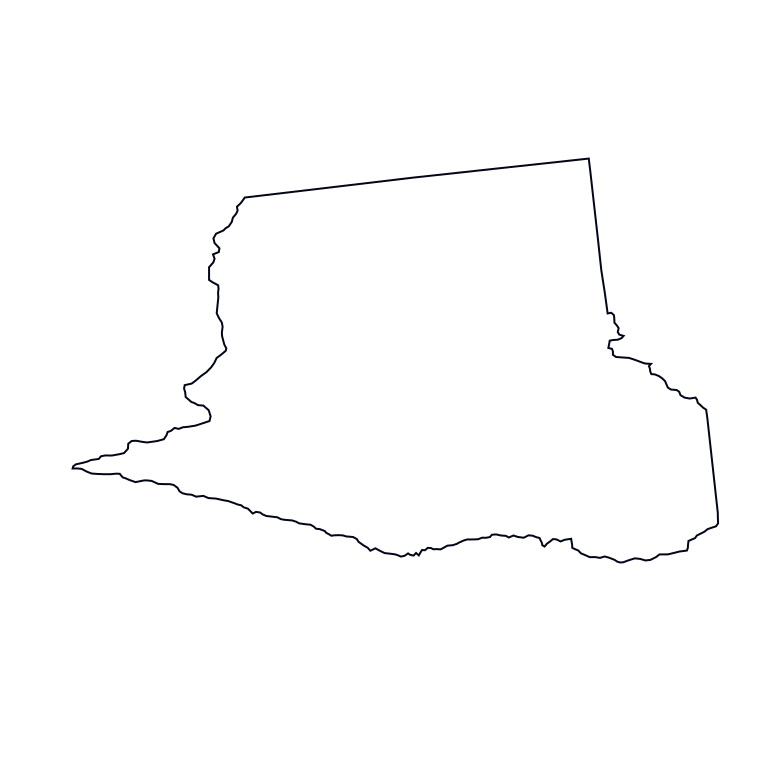 Parecis, Rondônia, Brazil (Equal Earth projection), rotated 84°
{"feature_id": "56859067B9929029534731", "entity_name": "Parecis", "entity_type": "district", "adm_level": 2, "iso_a3": "BRA", "parent_name": "Brazil", "parent_adm1": "Rondônia", "projection": "equal_earth", "projection_center": [-61.327, -12.313], "detail": "fine", "context": "isolated", "style": "outline", "palette": "ink", "viewbox_px": 768, "rotation_deg": 84, "n_neighbors": 0, "source": "geoboundaries", "source_scale": "gbopen_adm2", "svg_char_len": 3824}
<svg xmlns="http://www.w3.org/2000/svg" viewBox="0 0 768 768"><g transform="rotate(84 384 384)"><path d="M547.0,65.5L452.2,66.0L443.2,66.3L441.0,69.0L438.3,71.3L435.5,73.9L432.3,74.4L430.1,75.6L430.4,81.5L429.0,86.4L426.1,90.3L422.7,91.2L420.6,93.5L419.5,99.2L417.2,102.1L410.5,104.2L407.3,106.9L404.9,109.7L402.8,113.5L402.1,117.1L399.4,117.9L396.7,117.9L393.9,118.6L391.9,116.4L390.9,122.2L389.7,124.9L387.2,129.9L385.7,133.0L383.7,137.5L382.4,144.8L381.4,150.4L378.9,153.3L375.8,152.9L372.9,153.6L371.6,157.1L368.4,156.1L364.5,155.0L364.2,151.2L364.4,146.9L363.2,142.9L361.2,140.7L359.5,144.8L356.8,146.1L353.0,144.8L350.1,146.3L347.1,148.4L342.1,148.1L339.4,148.2L336.9,150.6L337.2,154.2L315.5,154.9L310.0,155.2L293.2,156.0L262.3,156.1L194.2,156.6L181.2,156.8L181.5,246.9L181.8,334.4L184.0,502.9L189.2,507.6L192.3,511.7L196.3,511.5L199.2,513.2L202.8,516.9L206.8,518.4L211.0,521.9L212.4,525.0L214.5,527.6L217.0,535.3L221.3,538.4L226.1,537.8L231.8,533.5L235.5,534.5L237.2,540.5L241.7,539.4L245.2,541.0L249.6,545.8L252.8,546.1L262.2,547.1L264.8,544.0L266.5,541.5L268.5,538.6L272.0,538.6L276.0,539.5L280.5,539.7L290.1,541.7L296.2,543.0L301.2,541.2L305.8,538.9L310.1,538.5L316.0,539.9L319.8,540.0L328.0,538.7L332.1,537.1L334.5,538.0L338.3,543.7L340.6,547.7L345.3,550.6L349.4,554.2L353.7,559.4L356.9,565.1L361.5,571.8L363.5,575.3L364.3,582.3L367.5,583.3L371.5,582.6L376.2,582.6L381.8,577.4L383.1,574.6L385.6,571.2L386.6,565.9L391.7,561.1L398.0,559.8L402.6,561.4L405.7,575.9L406.1,583.7L406.0,588.5L407.2,592.8L405.8,596.9L408.4,600.9L409.1,604.2L412.3,605.7L415.9,608.7L417.0,615.5L417.2,620.5L417.4,625.7L416.3,630.3L414.5,636.5L414.3,640.9L416.7,644.6L421.6,645.4L425.5,649.7L426.1,654.0L426.4,658.0L426.7,662.2L425.9,668.8L426.3,673.0L428.7,675.5L429.0,683.5L430.1,686.9L430.9,691.8L431.7,698.9L433.4,701.7L435.5,702.5L435.9,698.0L436.8,693.6L440.0,688.9L442.5,684.1L443.6,677.8L444.5,671.5L445.1,665.8L445.2,659.4L445.7,656.2L449.5,653.7L450.9,650.6L452.8,647.3L455.6,641.4L455.3,638.0L454.8,632.6L455.2,629.3L456.1,625.2L459.7,619.1L460.6,613.2L461.2,607.5L462.4,603.8L465.5,600.3L469.4,598.5L471.6,595.8L473.0,592.0L474.0,586.9L476.4,582.6L476.4,575.3L479.1,570.5L479.6,567.6L480.4,563.0L482.7,556.2L484.2,551.0L487.2,544.7L488.6,542.0L489.7,538.7L491.9,536.5L493.8,532.3L499.1,528.1L497.8,524.6L498.9,520.5L500.9,518.5L503.0,514.7L505.4,504.0L507.6,500.7L508.6,497.4L510.1,489.6L511.7,485.9L513.7,483.0L515.0,477.9L516.3,471.7L518.6,468.6L520.8,466.8L521.6,463.1L524.0,458.3L526.0,457.0L527.5,454.7L529.4,452.2L529.3,449.1L529.6,444.8L530.3,440.6L531.6,437.7L532.9,430.9L535.3,427.3L538.3,425.8L542.4,421.2L545.2,417.3L548.4,415.0L546.5,409.7L548.8,406.5L552.2,401.1L553.6,394.8L554.6,390.7L555.9,387.8L557.4,385.3L557.0,381.5L555.0,377.8L556.7,375.7L557.7,372.5L555.4,369.8L558.1,367.3L556.0,365.8L553.1,363.6L553.6,360.6L551.5,357.5L552.1,354.4L553.5,352.2L553.7,348.8L554.4,345.0L551.4,337.8L551.5,332.4L550.6,328.3L549.5,325.8L548.1,321.5L547.3,317.7L548.0,310.5L548.2,306.5L547.1,302.4L547.6,298.9L547.3,294.6L545.2,292.5L545.3,288.2L546.8,283.8L547.8,278.6L549.7,275.9L548.2,271.1L550.1,266.9L551.5,261.1L549.6,256.1L550.4,252.0L552.2,248.7L553.4,245.4L555.8,244.6L558.5,243.6L560.9,243.4L562.4,241.3L559.9,238.7L557.7,234.9L555.9,232.2L556.5,228.9L559.0,224.9L557.8,220.5L557.5,214.1L563.6,213.7L566.6,213.9L568.5,210.8L569.8,208.3L573.0,205.8L575.2,201.8L577.7,197.5L578.2,192.1L579.5,187.4L578.6,182.5L580.2,178.5L581.6,175.7L583.1,172.9L585.0,170.7L586.2,167.8L586.3,164.5L585.2,160.5L583.6,152.8L584.7,147.6L586.8,142.5L586.8,137.5L584.6,131.6L582.3,127.8L583.1,119.6L582.7,116.1L582.1,111.8L581.5,107.7L581.4,103.6L581.3,100.2L578.9,99.0L575.5,98.4L571.9,97.6L569.8,90.8L567.4,88.7L564.4,80.8L562.1,77.2L560.2,68.6L557.5,66.3L550.2,65.8L547.0,65.5Z" fill="none" stroke="#020617" stroke-width="2"/></g></svg>